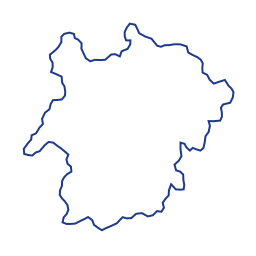 Pedra do Anta, Minas Gerais, Brazil, rotated 5°
{"feature_id": "56859067B84251367202805", "entity_name": "Pedra do Anta", "entity_type": "district", "adm_level": 2, "iso_a3": "BRA", "parent_name": "Brazil", "parent_adm1": "Minas Gerais", "projection": "natural_earth1", "projection_center": [-42.727, -20.595], "detail": "fine", "context": "isolated", "style": "outline", "palette": "blue", "viewbox_px": 256, "rotation_deg": 5, "n_neighbors": 0, "source": "geoboundaries", "source_scale": "gbopen_adm2", "svg_char_len": 2147}
<svg xmlns="http://www.w3.org/2000/svg" viewBox="0 0 256 256"><g transform="rotate(5 128 128)"><path d="M32.6,143.7L32.6,147.9L29.4,152.2L26.0,157.9L26.9,162.9L30.7,163.6L35.0,163.8L38.3,160.4L42.0,158.8L44.2,155.7L46.6,152.3L50.2,148.8L54.9,149.1L58.9,151.8L63.1,154.2L67.0,156.9L70.9,159.7L69.4,164.7L70.9,168.9L74.5,171.4L75.4,176.4L71.4,179.3L68.7,182.6L67.0,186.5L67.2,191.5L65.7,196.1L65.9,200.7L68.5,204.0L71.4,206.5L74.4,210.1L75.7,214.7L74.4,219.0L71.7,222.7L71.0,227.7L75.0,228.9L78.4,228.7L83.8,227.8L88.7,224.7L92.2,222.7L96.0,220.2L100.5,223.0L102.5,227.4L107.1,230.2L110.9,232.1L114.7,229.7L120.0,226.9L125.3,223.8L128.1,220.1L130.5,217.3L134.2,218.1L139.1,217.5L143.5,212.8L149.3,211.6L155.4,214.3L160.3,212.8L164.1,208.3L168.6,208.5L170.7,204.4L169.1,199.4L171.6,195.1L174.4,191.6L174.2,186.6L175.9,180.3L180.9,184.9L185.3,184.9L188.8,184.3L189.0,179.9L187.7,174.9L187.0,169.5L183.5,166.8L179.6,166.0L177.5,160.4L181.5,156.1L183.7,151.3L182.2,144.8L181.6,138.0L185.7,138.8L187.7,142.0L191.6,145.1L194.2,142.2L198.8,143.5L202.0,144.2L204.8,141.6L205.7,135.4L205.9,129.5L208.7,124.9L209.4,118.6L207.7,114.1L212.2,113.8L215.8,113.2L219.2,112.6L220.6,108.6L220.0,103.8L218.8,99.8L220.6,96.3L227.6,93.9L229.7,88.5L230.0,83.2L227.7,79.7L224.4,77.1L220.3,71.7L215.0,73.9L209.6,76.3L205.1,72.8L202.3,68.2L197.5,66.3L196.8,62.0L196.8,57.0L194.5,53.6L190.9,51.4L186.0,49.6L181.4,47.5L179.3,41.6L172.8,40.1L167.1,40.5L161.9,41.8L157.2,42.4L153.7,44.2L149.9,43.5L147.0,40.5L143.6,37.0L137.0,35.3L130.9,32.6L128.6,28.4L126.2,24.5L120.7,23.9L118.1,28.0L116.3,32.8L116.8,37.2L118.5,40.9L122.8,40.5L122.9,44.6L120.7,49.2L115.0,52.1L113.6,57.4L108.9,55.6L104.9,56.2L102.2,59.0L99.4,62.0L94.8,62.7L89.1,63.0L84.6,64.8L80.0,62.3L77.1,57.3L74.7,53.2L74.4,47.7L70.5,44.2L67.2,43.1L65.9,39.0L61.3,38.1L56.2,39.8L53.7,42.9L54.1,48.3L51.6,53.4L49.3,56.4L46.6,59.1L43.8,61.7L44.4,65.8L47.1,69.3L47.7,74.1L46.4,78.9L51.2,80.4L57.4,82.6L58.5,88.7L61.0,92.0L62.3,97.0L62.4,101.2L59.6,105.3L55.4,106.2L50.8,106.8L48.9,110.9L48.1,116.2L44.0,119.9L41.6,126.4L42.9,131.5L39.8,135.3L36.9,141.3L32.6,143.7Z" fill="none" stroke="#1e3a8a" stroke-width="2"/></g></svg>